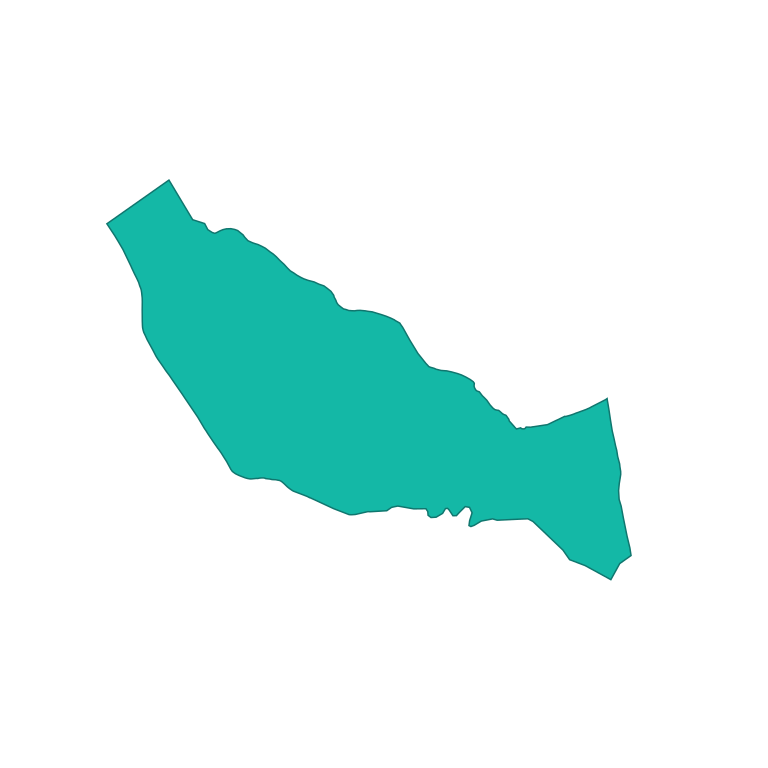 Barat Al Anan, Al Jawf, Yemen (Albers equal-area conic projection), rotated 235°
{"feature_id": "15242507B41587860828990", "entity_name": "Barat Al Anan", "entity_type": "district", "adm_level": 2, "iso_a3": "YEM", "parent_name": "Yemen", "parent_adm1": "Al Jawf", "projection": "albers", "projection_center": [44.512, 16.865], "detail": "fine", "context": "isolated", "style": "filled", "palette": "teal", "viewbox_px": 768, "rotation_deg": 235, "n_neighbors": 0, "source": "geoboundaries", "source_scale": "gbopen_adm2", "svg_char_len": 4117}
<svg xmlns="http://www.w3.org/2000/svg" viewBox="0 0 768 768"><g transform="rotate(235 384 384)"><path d="M674.2,248.9L659.8,248.5L652.5,248.0L643.8,247.3L625.6,244.3L624.2,244.0L617.4,242.8L612.5,242.1L608.0,241.3L607.0,241.0L604.6,240.2L602.0,239.6L600.4,239.1L597.9,237.9L593.2,235.3L589.9,233.1L583.5,228.5L578.4,225.0L574.2,222.1L570.2,219.5L568.5,218.5L566.1,217.5L564.0,216.8L560.9,216.3L556.1,215.4L551.5,214.9L544.3,214.1L537.7,213.2L534.3,213.0L525.8,213.0L519.7,212.9L513.8,213.1L507.7,213.0L490.8,212.9L487.1,212.8L463.5,212.4L450.5,211.4L447.9,211.4L444.4,211.2L434.1,211.0L432.0,211.0L427.3,211.0L426.5,211.0L425.3,211.1L421.1,211.1L414.9,210.8L410.5,210.6L407.3,210.2L404.4,209.9L402.1,209.6L400.9,209.6L399.6,209.6L398.1,210.0L395.6,210.9L392.2,212.8L389.2,214.8L386.7,216.5L384.8,218.1L383.4,219.5L383.1,219.8L382.1,221.3L379.8,225.4L379.0,226.4L378.3,228.1L377.3,229.8L376.1,231.5L375.2,232.4L374.4,232.8L373.0,234.4L371.5,236.1L370.0,237.4L369.3,238.3L367.6,240.5L366.4,241.6L364.9,243.1L363.9,243.7L362.7,244.2L360.5,244.8L358.6,245.2L357.0,245.5L355.0,245.9L352.6,246.6L350.9,247.2L349.3,247.8L348.1,248.4L345.3,250.3L339.7,254.1L335.8,256.7L333.6,257.8L333.6,258.0L310.7,271.3L297.0,280.5L295.6,282.3L293.6,285.6L288.7,297.6L287.3,299.4L278.6,313.6L278.6,319.4L277.3,322.6L277.1,323.0L276.1,325.3L267.1,334.3L264.7,336.7L257.8,346.8L254.4,346.7L251.2,344.8L247.7,345.9L246.7,347.5L245.0,350.3L244.4,357.8L246.7,362.9L245.6,364.8L243.4,365.1L236.6,364.9L234.6,367.8L235.1,369.9L235.7,372.8L237.0,380.2L233.9,383.3L228.0,382.3L222.9,375.7L219.3,372.4L217.4,373.4L216.5,376.8L215.9,385.1L211.2,395.6L207.5,398.6L195.5,417.6L191.0,424.6L185.9,427.2L162.9,431.8L146.4,435.1L145.5,435.3L133.6,435.3L120.2,444.4L120.1,444.5L93.6,457.6L98.8,468.2L101.7,474.1L101.8,488.0L108.7,491.4L119.9,495.8L137.1,503.3L147.9,508.2L154.6,510.4L162.1,515.0L167.5,519.6L171.1,523.1L174.1,526.0L176.6,527.7L180.9,529.8L183.4,531.2L190.5,533.8L196.2,536.6L200.5,538.2L207.1,541.0L214.8,544.1L224.7,548.9L233.3,553.2L238.5,555.7L242.6,557.6L244.1,558.4L244.1,556.5L246.0,542.8L246.3,540.7L246.5,538.5L247.0,536.3L247.1,535.4L247.5,533.9L248.0,531.9L248.7,529.4L249.2,527.4L249.3,527.0L250.0,524.7L250.5,522.4L251.1,520.2L251.8,518.0L252.7,515.5L253.2,514.2L253.9,513.4L254.1,511.7L254.2,511.3L255.2,505.0L255.3,504.7L255.5,503.5L256.5,497.2L256.9,494.8L257.3,493.8L257.9,492.7L263.2,482.0L264.0,480.5L264.0,480.4L264.3,479.7L264.6,479.2L267.2,475.7L266.7,474.2L266.8,473.5L266.8,473.4L266.9,473.1L267.2,472.6L267.6,472.0L268.2,471.4L268.6,471.1L269.7,470.8L271.2,466.7L273.7,466.3L274.3,466.3L279.5,465.7L281.8,465.4L283.5,466.0L288.2,466.0L288.7,465.8L289.4,465.3L290.0,464.8L290.8,464.5L291.6,464.0L292.7,463.8L295.2,463.2L296.6,462.8L297.9,461.4L299.5,460.1L301.2,459.6L301.8,459.4L304.4,459.1L305.8,458.9L306.9,458.9L307.6,458.9L308.3,458.9L311.7,458.9L315.4,458.3L317.9,457.8L322.9,457.6L324.7,456.3L325.4,456.0L326.0,455.8L328.6,455.9L329.8,456.3L330.5,456.5L332.8,458.4L334.7,458.4L338.2,457.2L342.8,455.0L346.9,452.7L350.4,450.2L355.0,446.4L358.7,443.0L362.4,438.5L366.3,435.1L367.2,434.6L368.2,434.0L371.0,431.7L372.5,430.7L374.3,430.5L376.9,430.1L385.3,429.6L389.4,429.3L405.2,430.3L419.7,431.8L423.3,431.8L424.8,431.9L429.8,429.5L430.4,429.4L434.0,427.4L438.2,424.7L442.3,421.7L446.1,418.7L449.8,415.8L452.9,412.4L454.5,410.8L455.8,409.3L458.0,406.7L459.7,404.1L460.8,401.9L462.6,399.5L462.8,399.3L464.4,397.3L466.8,395.6L468.5,394.1L468.7,393.9L472.1,392.8L475.3,391.9L478.0,392.0L480.2,392.6L483.7,393.0L485.5,393.7L487.9,393.7L490.3,393.7L493.8,392.7L498.8,391.1L502.9,388.1L503.2,387.9L507.7,385.3L512.5,381.2L516.2,378.6L519.1,377.0L523.0,375.1L526.6,373.8L530.5,372.1L534.5,371.4L539.3,370.8L542.4,370.1L545.2,369.5L549.8,368.8L554.0,367.8L558.0,366.3L563.3,364.7L567.0,362.8L570.5,360.8L572.9,358.9L575.1,357.3L577.6,355.8L579.5,354.7L584.1,354.1L587.0,354.1L590.7,353.0L593.6,352.2L596.2,350.4L599.1,347.6L601.5,343.9L602.8,340.7L603.5,337.6L604.0,333.9L604.4,331.9L606.6,330.2L611.5,328.2L618.3,329.1L628.3,321.5L674.4,324.8L674.2,248.9Z" fill="#14b8a6" stroke="#0f766e" stroke-width="1.5"/></g></svg>